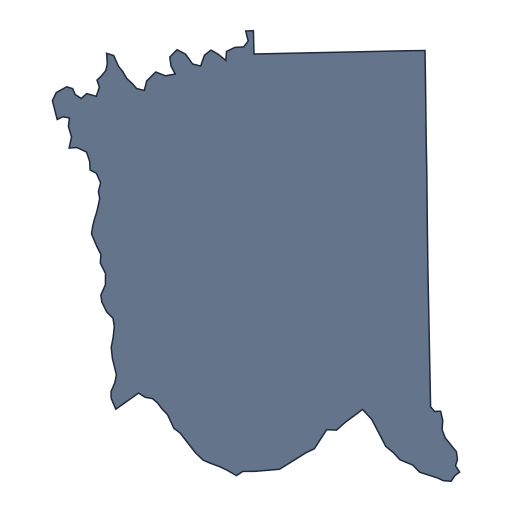 Medianeira, Paraná, Brazil
{"feature_id": "56859067B12275728934529", "entity_name": "Medianeira", "entity_type": "district", "adm_level": 2, "iso_a3": "BRA", "parent_name": "Brazil", "parent_adm1": "Paraná", "projection": "robinson", "projection_center": [-54.121, -25.266], "detail": "fine", "context": "isolated", "style": "filled", "palette": "slate", "viewbox_px": 512, "rotation_deg": 0, "n_neighbors": 0, "source": "geoboundaries", "source_scale": "gbopen_adm2", "svg_char_len": 1643}
<svg xmlns="http://www.w3.org/2000/svg" viewBox="0 0 512 512"><path d="M69.1,148.1L76.7,147.5L86.6,152.1L89.7,161.6L90.1,170.0L96.4,173.3L100.6,182.8L98.4,191.6L99.7,198.7L96.9,211.4L94.3,219.8L92.7,226.1L91.5,233.9L96.9,246.6L100.9,254.4L100.3,263.2L105.5,273.5L105.4,284.8L100.9,295.0L101.8,302.0L106.7,312.0L113.0,318.2L114.3,326.7L113.1,337.7L111.2,347.2L112.4,358.5L116.4,374.7L114.9,382.6L111.0,391.6L111.2,398.4L115.8,409.2L138.5,393.1L145.2,397.3L152.4,398.6L157.6,403.0L162.1,409.0L167.5,414.6L173.9,428.3L180.1,433.0L195.4,452.7L203.1,460.1L209.7,463.0L219.5,466.6L227.3,470.3L236.4,475.6L242.8,471.4L254.2,471.4L279.4,469.3L296.9,458.5L305.8,452.8L314.3,448.8L326.7,429.7L336.6,430.1L345.1,422.4L356.1,414.3L362.5,409.4L371.8,419.5L385.8,446.4L393.6,452.8L400.0,459.8L412.8,465.1L419.7,472.2L437.9,478.1L443.1,480.6L451.1,481.3L454.9,475.6L459.6,472.1L455.5,465.7L457.5,459.7L456.4,451.7L451.8,446.1L445.2,437.8L442.1,429.7L442.8,420.6L440.6,411.2L434.6,411.4L430.6,406.8L427.9,268.9L427.3,222.7L426.8,171.8L426.2,139.8L425.5,81.9L425.0,50.5L404.9,50.8L254.0,54.0L253.4,30.7L245.7,31.0L248.2,41.0L243.7,46.9L234.9,47.4L226.5,51.5L225.8,60.4L218.0,54.1L211.0,50.1L204.5,55.1L200.6,66.1L192.5,63.9L185.5,54.1L177.0,49.7L169.8,57.1L171.0,66.1L175.2,74.0L165.4,75.8L155.8,72.0L146.7,80.9L144.3,90.4L136.7,88.6L132.1,83.4L126.7,78.4L122.8,71.6L118.5,66.3L113.7,55.5L106.6,53.3L107.3,63.9L105.8,70.6L101.3,76.0L97.0,80.1L99.4,87.1L96.3,96.3L86.7,93.6L81.2,98.5L75.2,94.5L72.7,88.6L66.7,86.8L56.3,92.5L52.4,100.6L57.2,119.5L62.8,116.8L69.4,117.9L68.4,126.4L71.5,136.9L69.1,148.1Z" fill="#64748b" stroke="#1e293b" stroke-width="1.5"/></svg>